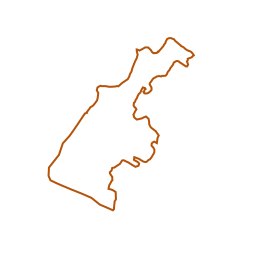 Al-Ghanayem, Asyut, Egypt, rotated 60°
{"feature_id": "37247803B60942546572959", "entity_name": "Al-Ghanayem", "entity_type": "district", "adm_level": 2, "iso_a3": "EGY", "parent_name": "Egypt", "parent_adm1": "Asyut", "projection": "mercator", "projection_center": [31.325, 26.921], "detail": "fine", "context": "isolated", "style": "outline", "palette": "amber", "viewbox_px": 256, "rotation_deg": 60, "n_neighbors": 0, "source": "geoboundaries", "source_scale": "gbopen_adm2", "svg_char_len": 3355}
<svg xmlns="http://www.w3.org/2000/svg" viewBox="0 0 256 256"><g transform="rotate(60 128 128)"><path d="M64.3,81.2L65.7,81.9L67.3,82.4L69.4,83.0L72.0,85.7L74.1,88.9L78.3,94.2L80.4,96.3L80.9,96.9L82.4,99.5L84.0,101.1L85.6,103.8L86.1,110.7L86.3,111.8L87.1,115.5L86.1,116.6L86.1,117.1L85.5,118.7L83.4,122.9L81.8,125.1L80.8,126.1L78.6,129.8L77.6,130.9L77.6,134.1L79.7,136.2L80.2,136.2L81.8,136.2L82.8,136.2L85.4,138.2L87.0,139.4L88.6,141.0L90.1,144.2L91.2,147.4L91.2,150.1L92.2,152.2L93.8,156.0L94.3,156.0L93.9,158.1L102.5,175.7L105.6,182.5L108.7,192.1L116.8,201.3L122.7,216.2L129.7,220.7L134.5,221.3L140.2,217.4L144.9,213.9L153.2,207.6L153.8,207.1L161.7,200.9L170.2,194.6L180.2,190.7L191.7,182.2L191.3,180.8L190.5,180.3L187.7,178.3L186.2,177.2L184.9,176.3L183.9,174.4L183.6,174.0L180.9,172.6L178.4,171.3L177.3,170.7L175.8,171.4L174.0,172.4L173.3,173.0L172.8,173.4L172.2,174.0L171.7,174.6L171.0,175.3L170.5,174.9L169.7,174.2L168.6,173.2L168.1,172.7L167.9,172.3L167.5,171.6L167.1,170.9L165.7,168.8L165.5,167.7L163.0,166.4L162.6,166.1L161.5,166.2L160.5,166.3L158.9,166.3L158.5,166.4L157.2,165.8L156.6,163.5L154.7,161.6L155.4,159.8L155.3,157.9L155.2,156.3L155.2,155.7L155.1,154.2L155.1,153.4L154.8,152.5L154.3,151.5L153.7,150.4L153.2,149.4L153.8,147.8L154.8,147.2L158.5,144.6L159.6,144.1L162.7,142.5L165.4,140.9L165.9,137.7L164.3,136.1L162.2,136.6L160.6,137.7L160.1,137.7L159.1,138.7L158.5,138.7L156.4,137.1L157.0,136.6L158.8,135.1L160.1,134.0L162.2,132.9L164.6,131.6L165.4,130.8L165.9,130.3L166.5,129.2L166.5,128.2L166.0,126.6L166.0,124.4L164.9,121.8L163.9,120.2L163.4,119.1L162.3,117.5L161.6,117.0L161.1,116.7L160.7,116.4L159.7,115.9L157.1,115.9L155.5,116.4L155.0,116.4L153.4,115.3L152.9,114.3L152.9,112.1L155.5,110.6L151.3,107.3L149.8,105.1L144.5,105.6L143.6,106.0L138.8,108.0L138.2,107.9L137.1,107.9L135.6,107.8L134.9,107.5L133.2,106.6L132.4,106.3L130.3,105.6L127.0,106.7L127.0,107.2L126.6,109.3L126.6,110.4L126.6,111.5L126.3,112.3L126.0,113.1L125.5,114.6L125.5,115.2L125.0,116.2L123.4,116.8L121.8,117.3L119.7,116.7L119.2,116.7L118.7,115.7L117.1,113.5L116.1,111.4L114.0,111.4L113.4,111.9L111.8,111.9L111.3,111.9L109.2,110.3L109.2,109.8L108.7,108.7L107.7,107.6L106.6,105.5L105.0,103.4L104.0,101.8L103.5,99.6L101.9,97.5L100.3,94.8L100.9,94.3L101.4,93.8L101.9,93.3L103.0,93.3L103.0,93.8L103.5,94.9L104.0,95.4L104.6,95.9L104.5,96.5L105.1,96.5L105.6,96.5L106.1,96.5L106.7,95.9L107.7,93.8L107.7,92.2L107.2,89.6L106.7,88.5L104.6,87.4L104.1,87.4L100.9,87.4L99.9,86.3L99.3,84.7L98.8,83.7L98.3,82.6L97.8,81.5L97.8,79.4L97.8,77.3L98.3,75.7L98.9,74.6L99.4,74.1L99.9,73.6L99.9,72.5L101.0,70.4L101.5,69.3L101.0,67.7L99.4,65.6L98.4,62.9L97.3,61.3L95.8,57.6L94.2,55.5L94.2,52.8L94.7,51.7L95.8,50.7L97.4,50.2L98.4,49.6L103.7,47.0L104.2,45.9L103.5,44.9L103.2,44.3L101.1,43.8L100.0,43.8L99.0,42.2L97.9,41.6L98.5,38.5L98.5,37.0L98.0,35.8L98.0,34.7L96.4,34.7L93.8,35.2L92.7,35.8L91.7,36.8L91.2,37.1L90.1,37.9L88.0,38.9L85.9,39.5L84.3,40.5L83.7,41.0L83.2,41.0L80.1,42.1L75.8,43.7L74.3,43.7L73.2,44.7L71.6,45.8L70.6,47.9L70.6,48.4L70.5,49.5L71.1,50.6L72.1,52.2L73.2,53.2L73.7,54.8L74.7,56.4L75.3,58.0L76.8,62.3L76.8,63.9L77.3,63.9L77.3,64.9L77.3,66.0L76.3,67.6L76.3,68.1L75.7,68.7L75.2,68.7L74.2,69.2L72.0,69.2L70.5,69.7L68.4,70.2L67.8,71.3L67.3,71.8L66.8,72.9L66.8,73.9L66.8,76.1L66.7,78.2L66.7,79.3L64.6,80.8L64.3,81.2Z" fill="none" stroke="#b45309" stroke-width="2"/></g></svg>